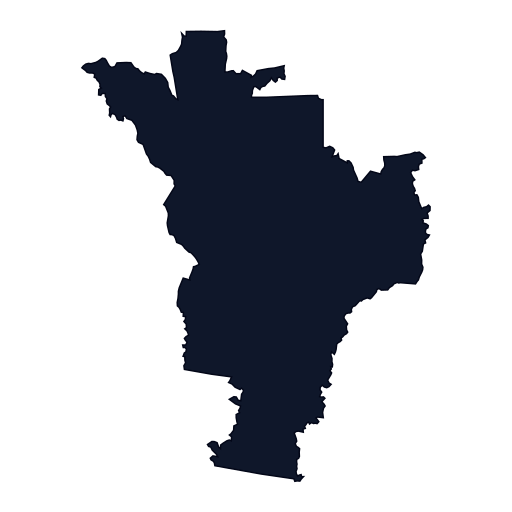 Cascavel, Paraná, Brazil (Equal Earth projection)
{"feature_id": "56859067B17603157029702", "entity_name": "Cascavel", "entity_type": "district", "adm_level": 2, "iso_a3": "BRA", "parent_name": "Brazil", "parent_adm1": "Paraná", "projection": "equal_earth", "projection_center": [-53.389, -25.057], "detail": "fine", "context": "isolated", "style": "filled", "palette": "ink", "viewbox_px": 512, "rotation_deg": 0, "n_neighbors": 0, "source": "geoboundaries", "source_scale": "gbopen_adm2", "svg_char_len": 5986}
<svg xmlns="http://www.w3.org/2000/svg" viewBox="0 0 512 512"><path d="M261.1,474.0L293.9,478.8L294.8,481.3L297.2,480.9L299.9,481.1L301.2,479.1L303.5,476.6L301.5,476.6L301.1,474.6L299.2,475.1L297.7,476.1L296.4,473.9L296.0,471.5L297.0,468.7L296.6,466.2L297.0,464.1L296.6,462.0L296.7,459.4L298.6,458.3L299.4,456.4L299.2,452.2L299.6,448.7L298.3,447.5L296.4,446.4L295.2,443.6L296.7,441.2L296.2,438.6L294.2,433.0L296.0,431.5L298.4,431.1L303.3,432.2L303.0,429.1L305.3,428.4L304.5,426.2L305.9,424.7L306.9,422.9L308.7,422.1L309.5,424.0L311.6,422.6L313.5,423.5L315.2,423.2L317.1,423.6L318.8,421.7L316.0,418.0L317.4,417.0L323.3,417.7L322.6,412.4L323.5,408.2L325.1,406.0L324.1,404.2L321.8,401.7L324.9,398.3L323.5,396.9L321.3,397.1L319.6,396.7L320.3,394.5L321.7,392.1L320.0,389.8L320.2,387.3L322.2,385.2L324.3,387.0L326.7,387.7L328.9,386.7L331.1,384.3L329.1,383.1L327.6,380.1L330.8,374.8L331.6,372.9L329.9,370.7L331.3,369.0L330.7,366.6L332.3,366.9L332.6,364.3L331.9,361.8L332.0,358.5L330.8,354.7L331.5,351.8L334.3,354.3L335.4,352.0L336.1,349.4L336.7,344.1L338.1,342.7L340.1,341.6L341.6,340.1L341.0,338.0L342.6,336.9L344.2,335.0L346.5,333.7L347.7,332.1L346.6,330.0L346.3,326.2L347.6,323.8L343.9,318.2L344.2,316.0L345.9,313.7L348.1,313.0L350.0,313.0L351.6,311.7L351.3,309.5L352.5,306.8L355.2,305.7L359.7,300.7L361.4,301.0L362.8,299.6L367.2,297.9L370.1,298.8L371.5,297.7L376.3,291.8L376.9,289.5L379.0,288.5L381.3,290.1L387.7,289.9L389.4,287.6L392.6,285.6L393.8,283.9L397.2,282.4L398.7,283.0L400.4,282.7L415.5,283.9L417.1,281.4L418.4,279.9L419.3,276.9L421.8,272.0L422.6,269.8L422.9,267.2L421.6,264.1L421.7,260.0L420.6,254.0L422.3,251.3L423.4,244.0L425.6,242.9L424.9,239.9L428.0,237.4L429.4,235.0L427.1,234.5L425.6,233.2L425.4,231.1L426.0,228.9L427.9,227.8L428.3,225.6L426.3,224.0L422.8,222.8L423.3,220.8L421.9,219.3L424.0,218.4L428.1,218.3L428.1,216.0L427.1,213.0L430.0,210.5L430.1,206.7L428.5,205.1L426.6,206.7L423.7,207.4L421.7,208.7L418.8,201.8L418.3,197.3L416.9,194.8L414.6,195.0L413.8,192.6L415.2,190.7L414.5,188.4L413.3,186.5L412.4,183.9L412.6,181.3L414.8,179.8L412.5,176.7L410.6,172.7L412.4,170.2L415.0,170.7L418.7,169.5L418.4,166.7L419.2,164.1L421.9,163.1L421.8,159.2L423.7,158.8L425.4,157.6L423.1,154.8L419.3,152.1L416.5,152.7L414.9,152.3L410.2,154.1L405.3,154.8L397.1,156.6L394.3,156.4L383.7,156.7L383.9,160.0L384.7,163.0L384.8,165.9L383.9,168.0L382.6,169.3L381.3,171.5L380.7,174.0L370.5,171.2L361.2,182.3L358.0,181.4L357.1,178.1L353.5,170.1L353.1,167.3L352.1,165.2L351.1,163.0L348.9,160.8L347.3,160.8L347.3,162.9L339.1,158.5L338.1,153.7L336.8,155.6L334.4,155.9L332.1,156.8L334.6,150.0L332.8,147.8L329.7,146.3L326.0,147.9L323.1,147.3L323.1,99.7L321.5,99.7L318.4,98.3L317.5,95.5L308.0,95.6L266.1,97.3L251.5,97.3L251.5,95.2L252.3,93.3L252.4,90.5L253.8,86.7L255.9,86.6L259.8,89.6L260.9,87.4L262.7,86.4L264.8,86.0L266.9,83.4L269.8,80.8L271.4,77.8L273.2,80.4L275.4,82.1L277.2,80.5L277.2,78.0L280.1,77.1L281.8,79.0L284.6,79.4L285.1,76.3L283.9,73.7L284.2,70.9L283.7,68.1L284.2,65.7L274.5,68.0L268.4,68.6L257.1,70.7L255.6,74.0L253.3,76.2L251.0,77.3L251.4,75.3L242.4,70.4L240.6,73.7L236.0,73.7L233.3,70.7L231.6,70.8L227.3,72.1L224.9,71.9L225.3,64.1L226.6,58.5L226.8,56.2L226.4,53.5L225.7,51.4L226.0,45.7L226.6,42.2L226.2,39.9L223.6,36.9L224.6,34.0L224.5,30.7L217.4,31.6L201.1,31.3L186.3,31.5L186.2,36.1L184.3,36.2L181.7,33.4L182.5,37.2L182.0,39.9L181.6,44.2L180.6,46.4L178.4,50.4L176.2,52.5L172.3,53.7L170.2,55.1L172.9,71.6L174.2,77.3L177.8,99.7L175.9,98.8L173.5,95.9L171.9,95.3L169.9,90.4L168.2,87.2L167.7,82.5L165.3,78.3L161.4,74.3L156.5,73.5L154.7,74.5L150.0,73.5L145.3,72.0L144.2,73.9L141.7,72.7L139.5,70.9L137.9,68.8L135.9,68.5L133.9,67.0L130.9,62.7L126.1,62.5L117.0,62.9L114.9,66.6L111.6,67.4L109.4,66.1L107.5,62.9L106.2,60.3L104.8,58.6L102.3,58.2L98.2,61.2L95.9,62.4L91.0,63.7L88.4,63.4L85.8,64.1L83.3,66.0L81.9,67.8L85.6,70.6L87.1,72.3L89.6,73.0L92.6,73.0L94.8,74.1L94.2,77.3L96.1,78.1L97.4,80.5L98.9,81.7L100.1,84.4L99.9,86.7L101.3,88.1L98.8,89.5L98.6,94.9L100.8,95.3L102.2,93.4L105.2,93.5L105.4,96.5L107.0,98.7L106.3,101.0L107.2,103.9L109.4,105.6L110.6,107.0L109.5,108.9L109.7,113.1L109.2,115.2L110.5,116.7L111.0,114.8L112.4,113.4L115.1,114.6L116.6,117.3L117.2,119.2L119.0,120.4L120.9,120.1L122.9,120.9L123.5,118.8L122.9,116.5L125.2,115.8L126.8,118.5L131.9,120.3L135.5,125.1L137.2,129.9L137.9,133.3L137.3,136.1L137.0,139.7L138.5,142.3L143.1,144.4L146.5,154.0L148.2,156.2L149.6,159.2L150.6,162.4L155.8,166.7L157.5,166.9L159.7,168.0L163.9,171.3L165.0,173.2L166.6,175.1L171.1,175.5L174.2,180.3L174.1,183.9L175.3,185.9L163.7,204.6L165.6,206.2L168.3,213.0L168.4,215.8L167.2,222.9L167.5,225.7L169.1,232.6L170.1,234.5L171.8,234.6L173.9,235.4L175.4,238.2L176.7,242.4L181.6,244.4L183.4,246.2L184.7,248.1L189.0,252.1L191.2,252.8L194.7,256.6L196.2,258.6L198.2,262.0L199.2,264.4L195.1,266.4L193.5,266.7L193.1,269.0L191.9,272.3L189.6,277.8L189.9,280.0L183.2,278.1L179.2,287.9L178.4,291.3L178.4,294.1L178.0,298.4L177.2,302.5L177.4,305.9L179.0,307.3L180.3,309.6L181.3,312.2L183.4,312.4L183.2,316.3L185.6,316.6L185.4,319.4L183.9,321.5L186.2,324.0L186.5,327.6L184.8,328.8L187.0,330.9L188.0,333.1L188.5,335.3L186.2,336.5L184.4,338.4L185.4,340.2L187.1,342.2L185.7,345.0L182.7,345.0L183.3,347.5L185.0,347.5L186.4,348.9L185.9,351.9L184.3,353.0L183.1,356.3L184.8,356.7L184.9,360.3L185.6,362.8L183.9,365.7L184.4,369.4L211.5,374.2L231.6,376.9L229.9,380.7L228.6,382.5L232.0,384.0L235.1,387.2L240.0,389.5L241.6,388.2L243.4,390.0L243.1,392.1L241.6,394.2L240.8,400.8L238.2,400.3L236.3,397.0L233.9,396.7L229.3,399.3L235.5,403.9L240.5,405.9L240.1,408.1L238.6,410.5L239.6,412.7L236.2,414.5L236.2,417.7L236.9,421.7L237.6,424.2L233.9,425.9L233.6,430.3L231.0,433.8L229.4,435.0L231.6,436.8L231.3,440.8L229.3,440.0L226.9,440.8L223.1,443.2L220.7,445.0L220.5,448.7L218.6,447.0L217.1,442.7L214.4,441.6L211.9,441.5L207.5,444.5L208.6,446.4L210.8,447.1L212.3,450.2L216.4,454.2L217.7,456.7L212.9,455.9L210.3,458.2L211.1,459.9L213.3,461.2L214.3,462.7L214.9,465.7L261.1,474.0Z" fill="#0f172a" stroke="#020617" stroke-width="1.5"/></svg>